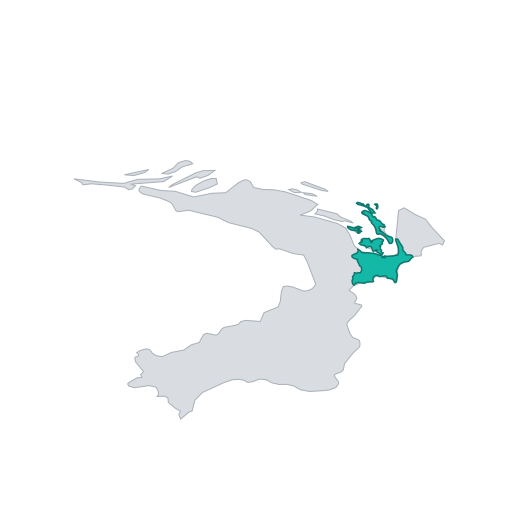 location of Primorsko-Goranska within Croatia, rotated 152°
{"feature_id": "HRV-1586", "entity_name": "Primorsko-Goranska", "entity_type": "County", "adm_level": 1, "iso_a3": "HRV", "parent_name": "Croatia", "parent_adm1": "", "projection": "natural_earth1", "projection_center": [14.596, 45.075], "detail": "fine", "context": "in_parent", "style": "filled", "palette": "teal", "viewbox_px": 512, "rotation_deg": 152, "n_neighbors": 0, "source": "natural_earth", "source_scale": "10m", "svg_char_len": 9255}
<svg xmlns="http://www.w3.org/2000/svg" viewBox="0 0 512 512"><g transform="rotate(152 256 256)"><path d="M86.1,178.2L88.3,181.2L103.8,184.9L107.2,183.3L109.2,180.8L109.2,179.3L110.6,178.8L116.0,181.2L132.8,180.9L136.1,179.1L142.4,168.7L144.5,167.8L145.8,168.2L146.8,171.3L149.2,174.2L157.7,181.1L160.9,181.9L164.0,180.1L167.2,179.5L176.4,183.2L184.1,183.9L189.9,182.0L187.0,176.4L186.5,173.6L186.9,171.1L190.8,168.6L190.7,167.6L185.9,163.3L186.1,162.1L196.5,157.3L206.5,154.6L208.1,152.5L209.5,143.4L208.9,138.6L204.8,134.0L204.6,131.8L205.5,129.4L207.1,127.2L215.8,124.8L228.4,119.4L232.3,114.5L234.6,113.7L241.7,114.4L243.2,113.2L242.2,106.1L243.4,104.4L247.1,102.4L253.3,103.1L258.5,104.9L272.2,111.2L279.5,116.9L283.5,123.3L289.0,128.2L295.9,131.7L301.4,136.5L305.5,142.5L311.2,145.8L318.4,146.6L323.0,148.6L324.9,152.0L328.9,155.1L334.9,157.8L344.1,159.3L367.3,160.6L377.6,157.4L385.2,149.1L388.5,149.7L399.2,147.3L398.6,152.2L395.5,154.4L398.8,159.6L402.1,167.9L400.4,172.0L402.6,175.2L409.2,178.4L407.3,179.3L405.9,182.1L405.8,187.0L411.1,191.7L425.2,196.8L429.4,201.0L429.5,202.7L428.7,203.9L418.0,204.3L413.9,202.2L413.5,205.5L409.6,206.6L412.0,218.8L411.2,222.4L409.8,223.5L406.7,222.9L405.9,224.1L406.7,226.7L402.8,227.0L396.6,225.6L393.7,223.2L393.1,218.6L391.0,214.9L386.0,211.1L375.8,210.5L363.7,206.8L355.0,208.0L346.7,206.3L339.5,211.1L335.9,211.0L328.6,205.0L326.4,204.7L320.1,207.7L317.6,207.9L307.0,204.6L303.1,204.1L300.3,205.2L295.3,204.0L283.0,196.2L275.5,202.2L260.2,200.7L255.6,204.8L250.5,212.5L246.3,216.2L242.6,214.9L238.2,211.5L230.5,202.7L226.7,201.1L222.3,200.7L218.4,201.7L216.4,203.5L213.5,227.6L213.5,234.4L222.0,240.7L232.1,251.5L235.3,252.7L236.9,256.3L242.0,275.7L247.1,282.5L264.5,298.3L271.8,308.4L294.1,328.1L303.8,331.6L305.4,333.4L305.6,341.1L306.6,344.0L313.2,352.0L326.6,363.7L328.2,366.4L328.7,368.4L327.8,370.0L324.4,371.6L309.0,358.3L297.0,351.1L283.4,337.4L265.3,332.0L253.0,326.1L237.4,328.9L232.3,328.9L228.7,327.9L226.1,324.2L226.0,317.6L218.8,311.6L209.0,306.0L199.7,298.6L181.0,278.9L177.3,272.5L186.9,270.1L197.9,271.4L186.0,263.0L168.9,246.6L163.8,238.8L163.2,230.5L164.4,219.0L161.3,210.8L148.2,200.2L143.4,194.6L133.7,191.3L129.4,191.6L126.8,195.8L124.9,204.9L108.8,229.2L102.6,229.0L95.7,217.5L89.0,208.8L87.5,199.6L82.5,180.9L86.1,178.2ZM375.5,400.1L375.7,402.9L380.5,409.6L359.0,394.5L338.7,382.2L324.4,379.2L304.8,369.3L292.1,365.8L302.5,365.0L332.7,378.2L329.3,374.7L333.6,373.3L337.3,374.3L339.7,378.6L356.7,390.2L367.6,397.1L375.5,400.1ZM139.7,242.3L139.2,245.2L135.6,241.6L133.8,235.0L129.3,224.3L128.7,221.3L131.1,218.4L131.0,215.4L127.8,206.1L130.5,204.5L132.0,204.4L132.7,210.8L134.1,214.5L138.5,219.1L137.6,226.7L138.5,237.4L139.7,242.3ZM158.7,218.6L151.4,220.2L148.0,217.3L147.1,215.0L141.1,214.2L136.7,209.5L141.9,205.9L144.6,200.1L154.5,212.0L158.7,218.6ZM276.4,346.6L267.0,346.8L258.9,345.4L254.8,343.1L256.3,337.8L265.4,338.2L279.3,340.6L282.7,343.3L281.7,344.5L276.4,346.6ZM300.9,357.5L296.7,358.3L270.2,357.7L262.5,356.1L252.1,350.9L260.7,349.7L268.8,350.9L271.3,353.8L300.9,357.5ZM181.2,266.6L179.6,268.6L164.8,255.4L163.2,251.0L155.8,242.0L154.7,239.5L161.4,245.5L163.9,246.0L170.4,251.7L176.7,259.1L184.2,265.5L181.2,266.6ZM268.6,367.2L279.6,369.3L287.7,368.3L295.0,369.6L300.7,373.2L288.1,372.4L280.6,374.8L273.9,373.5L271.3,371.9L269.5,370.0L268.6,367.2ZM181.3,297.6L182.0,299.5L178.1,298.8L163.6,282.4L162.0,279.2L167.2,283.0L181.3,297.6ZM155.4,228.5L161.5,238.2L155.9,235.2L150.9,234.1L149.9,231.9L151.7,228.2L155.4,228.5ZM325.9,384.3L334.1,389.5L310.1,382.7L315.3,382.0L325.9,384.3ZM192.1,293.8L196.0,299.3L192.3,298.2L188.4,294.7L186.1,291.0L192.1,293.8ZM183.7,287.1L184.7,289.8L177.3,284.8L173.9,280.0L183.7,287.1Z" fill="#d9dde1" stroke="#a8b0b8" stroke-width="1"/><path d="M180.7,185.1L183.2,184.3L183.3,184.5L183.6,185.1L183.7,185.6L183.7,186.0L183.7,186.3L183.6,186.7L183.4,187.4L182.9,188.9L182.6,189.2L182.3,189.6L181.1,190.5L180.8,190.8L180.7,191.0L180.7,191.3L180.7,191.9L180.5,192.3L180.1,192.6L178.3,193.3L178.1,193.5L177.8,193.7L177.1,194.9L177.0,195.0L176.7,194.9L176.2,194.5L176.1,194.2L175.7,193.9L175.1,193.6L173.4,193.1L172.7,192.7L172.2,192.4L171.9,192.3L171.6,192.3L169.5,193.6L169.2,194.1L168.9,195.1L168.8,195.5L168.7,195.7L168.6,195.9L168.5,196.0L168.3,196.1L168.2,196.4L168.2,196.8L168.5,197.6L168.8,198.0L168.9,198.5L169.1,198.9L168.9,200.3L168.8,204.2L168.7,204.5L168.5,204.8L168.3,204.9L168.0,205.1L168.1,205.4L168.2,205.7L170.4,207.6L171.5,209.6L171.5,210.0L171.5,210.5L171.2,211.1L171.0,211.4L170.7,211.5L169.6,211.5L168.0,211.4L167.1,211.5L166.8,211.4L166.6,211.4L166.3,211.1L166.0,211.0L165.6,211.1L163.4,212.3L163.3,212.5L163.2,212.7L163.2,213.7L162.9,214.2L161.4,211.2L161.2,209.9L160.6,209.0L159.7,208.4L156.1,206.6L149.7,202.2L146.7,198.6L145.9,198.2L144.9,197.3L144.5,196.2L145.3,195.5L144.6,194.9L142.4,193.5L143.5,194.6L143.7,194.8L143.5,195.3L143.0,195.7L142.4,195.7L141.9,195.3L141.0,194.5L134.7,191.6L132.4,191.1L131.3,190.6L130.4,190.4L129.3,191.2L128.1,192.9L127.0,195.2L126.2,197.8L125.5,202.9L124.8,205.3L124.7,205.3L123.4,204.8L123.1,204.5L122.9,204.1L122.8,203.6L122.8,202.9L122.9,202.2L122.8,200.5L122.4,196.3L122.4,195.0L122.4,194.6L122.6,194.2L123.1,193.2L123.4,192.4L123.4,191.8L123.3,191.0L122.7,188.8L122.6,188.0L122.6,187.5L122.8,187.1L123.0,186.7L122.8,186.4L122.3,186.1L119.1,184.4L118.6,183.9L118.1,183.2L117.9,182.6L117.8,182.2L117.9,181.5L118.0,181.5L119.5,181.3L122.3,180.1L123.9,179.7L125.1,180.0L127.5,180.9L130.2,181.4L132.9,181.2L135.2,180.0L136.3,179.1L138.6,177.6L139.4,176.3L139.7,175.3L139.9,173.6L140.0,173.3L140.3,172.3L140.9,171.6L142.4,170.1L143.0,169.3L143.7,167.8L144.2,167.4L144.5,167.2L145.2,167.0L145.8,167.3L146.0,168.5L145.9,169.8L145.9,170.8L146.5,171.8L147.2,172.5L149.3,173.9L149.7,174.1L150.1,174.3L150.4,174.7L150.5,175.3L150.3,176.6L150.3,177.0L151.5,177.9L157.0,180.0L157.9,182.1L160.4,182.6L162.9,181.8L164.0,180.0L164.2,178.4L165.3,178.4L166.6,179.2L167.7,180.0L168.5,180.1L169.1,180.2L169.7,180.5L170.3,180.9L173.2,181.0L173.8,181.5L178.1,184.7L180.7,185.1ZM141.2,242.2L140.9,242.8L140.9,243.4L141.3,243.7L142.0,243.2L142.4,244.3L142.0,244.8L141.6,245.2L141.2,245.4L140.5,245.3L138.8,245.3L136.1,242.6L134.2,238.8L134.3,235.5L134.1,235.4L133.9,235.3L133.7,235.2L133.0,235.3L132.6,234.8L132.4,233.8L132.3,231.4L132.2,230.7L131.9,230.4L131.3,230.3L130.3,229.3L129.4,224.8L128.2,223.7L128.3,223.4L128.4,223.2L128.7,222.7L128.1,221.3L128.7,221.1L130.1,221.6L130.5,222.0L131.6,223.4L132.1,223.7L133.1,223.8L133.8,223.7L134.1,223.3L134.3,222.2L134.1,221.8L133.8,220.6L133.9,219.8L134.7,220.7L135.2,220.1L134.0,219.2L133.1,217.9L131.4,213.3L131.0,212.7L127.9,209.3L127.3,208.4L127.3,207.3L127.9,205.7L128.6,204.7L129.4,204.0L130.5,203.7L131.9,204.2L132.4,205.1L132.2,208.1L132.3,209.9L132.7,211.2L133.8,214.0L135.2,216.6L135.5,217.0L136.3,217.6L137.7,217.8L138.4,218.1L138.8,219.0L138.7,220.3L138.2,221.7L137.6,222.7L138.0,223.2L137.4,224.5L137.4,225.6L137.6,228.0L138.3,230.2L138.4,231.5L137.6,231.9L137.9,232.8L138.6,233.9L138.8,234.5L138.9,235.3L138.5,236.2L138.4,237.1L138.8,238.7L139.5,239.9L140.5,241.0L141.2,242.2ZM153.6,221.1L152.6,220.9L149.7,219.1L148.0,218.5L147.8,218.0L147.7,216.8L147.9,214.1L147.5,213.5L146.5,214.0L146.5,214.5L147.3,215.0L145.8,215.1L141.0,214.5L139.5,214.0L138.1,213.0L136.8,211.6L136.0,210.3L136.5,209.7L137.0,209.4L137.5,209.3L138.2,209.3L138.4,209.0L138.4,208.3L138.5,207.6L139.0,207.3L141.2,207.2L142.2,206.8L141.7,205.7L142.4,204.8L142.7,204.1L142.9,203.5L142.7,202.9L142.5,202.4L142.6,201.8L143.2,201.2L143.3,200.3L143.3,199.7L143.0,199.3L142.4,199.1L143.3,198.3L144.1,198.2L146.1,199.1L145.5,199.1L145.3,199.1L145.4,199.7L145.6,200.1L145.8,200.4L146.1,200.7L146.9,202.1L147.7,203.8L146.2,204.4L147.0,205.0L148.9,205.2L150.2,204.8L150.5,206.2L149.8,208.8L150.2,210.3L150.9,211.1L152.0,211.4L154.6,211.4L154.6,213.6L158.1,216.5L159.0,218.6L158.6,218.6L158.0,219.0L157.2,219.2L156.5,219.0L155.8,218.6L155.0,219.1L155.0,219.6L155.8,220.2L155.6,220.7L154.7,221.0L153.6,221.1ZM154.6,233.5L154.6,234.1L154.8,234.4L155.4,235.0L154.6,234.5L153.7,234.3L152.8,234.3L152.2,234.5L149.7,231.9L150.5,231.9L151.2,231.9L151.9,232.1L152.6,232.4L152.6,231.9L152.4,231.7L152.3,231.3L152.2,230.9L153.2,231.6L153.4,231.9L153.8,231.9L153.1,230.5L152.6,229.8L151.7,229.3L151.6,229.1L151.4,228.3L152.6,228.5L153.8,228.8L153.6,228.5L153.4,227.8L154.5,227.8L155.4,228.4L155.5,229.2L154.6,229.9L154.6,230.3L155.1,230.6L157.4,232.7L158.8,233.4L159.5,234.0L161.2,236.5L161.6,238.0L161.1,239.1L159.4,237.8L156.5,234.8L154.6,233.5ZM137.2,249.4L142.0,254.0L142.4,255.5L141.1,255.6L139.5,254.3L137.5,251.9L136.7,251.4L136.7,250.9L138.0,251.2L138.4,251.4L136.7,249.5L135.8,248.8L134.7,248.3L134.3,249.1L133.7,249.4L133.0,249.3L132.3,248.8L132.3,248.3L132.7,248.3L132.6,248.2L132.4,247.8L133.4,246.6L133.1,245.1L131.5,242.7L131.2,241.7L130.8,239.4L130.7,238.1L131.9,238.8L133.4,239.4L134.3,240.4L133.9,242.2L134.2,242.8L134.5,244.0L134.7,246.0L135.1,246.7L137.2,249.4ZM125.3,242.2L126.5,240.9L127.4,241.0L127.4,241.7L127.0,242.2L126.3,242.4L126.2,242.5L126.0,242.8L126.1,243.2L126.0,243.6L126.0,244.0L126.1,244.3L126.5,244.9L126.9,245.9L126.4,246.0L125.7,245.6L125.0,245.3L124.6,244.9L124.6,244.2L124.8,243.7L125.3,242.2Z" fill="#14b8a6" stroke="#0f766e" stroke-width="1.5"/></g></svg>